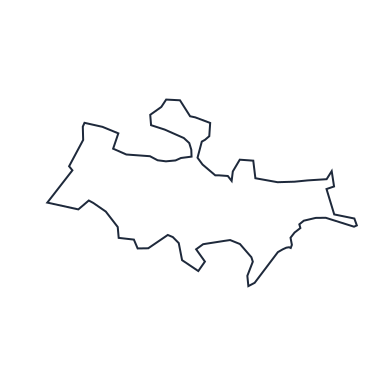 Suffolk, Massachusetts, United States of America, rotated 64°
{"feature_id": "52423323B97000000441045", "entity_name": "Suffolk", "entity_type": "district", "adm_level": 2, "iso_a3": "USA", "parent_name": "United States of America", "parent_adm1": "Massachusetts", "projection": "mercator", "projection_center": [-71.062, 42.336], "detail": "fine", "context": "isolated", "style": "outline", "palette": "slate", "viewbox_px": 384, "rotation_deg": 64, "n_neighbors": 0, "source": "geoboundaries", "source_scale": "gbopen_adm2", "svg_char_len": 1275}
<svg xmlns="http://www.w3.org/2000/svg" viewBox="0 0 384 384"><g transform="rotate(64 192 192)"><path d="M82.7,258.3L85.4,261.5L97.5,267.0L115.0,291.2L120.1,290.0L138.1,326.7L157.8,301.8L154.4,288.5L158.6,285.5L171.9,278.0L172.1,278.0L190.9,274.1L201.1,278.0L209.3,265.1L218.9,265.6L223.4,256.0L220.0,232.6L224.1,229.0L232.1,226.3L248.9,230.8L265.8,221.0L260.2,210.9L245.3,213.4L243.8,204.9L244.8,201.6L250.2,184.1L251.9,178.8L259.8,171.7L274.5,167.8L276.6,167.2L281.3,167.9L291.6,179.0L301.3,182.6L301.1,175.5L283.7,141.2L283.3,135.6L283.4,131.6L284.2,129.0L285.6,127.8L283.3,125.4L276.3,123.5L273.4,117.6L271.9,110.4L268.1,109.7L266.8,104.1L269.5,92.2L273.8,83.1L294.2,61.6L294.3,58.5L287.0,57.7L274.5,74.0L248.3,69.8L249.3,61.9L234.5,57.3L239.5,65.4L232.3,82.9L227.7,95.3L220.7,110.8L207.4,129.0L190.7,123.2L183.9,134.9L191.4,146.3L199.4,151.5L193.3,152.8L188.7,160.7L187.2,163.8L171.9,170.5L163.6,172.0L151.0,161.1L150.8,157.4L149.4,152.0L137.9,145.4L126.3,156.4L123.1,160.5L104.3,162.6L97.6,174.7L102.1,182.3L104.3,195.7L114.0,199.5L123.9,189.2L139.9,175.7L146.8,173.0L153.7,174.1L160.0,176.9L156.6,187.0L156.4,193.0L153.0,202.0L148.4,209.0L141.4,214.1L129.5,234.6L118.5,243.9L107.0,232.5L94.2,243.9L82.7,258.3Z" fill="none" stroke="#1e293b" stroke-width="2"/></g></svg>